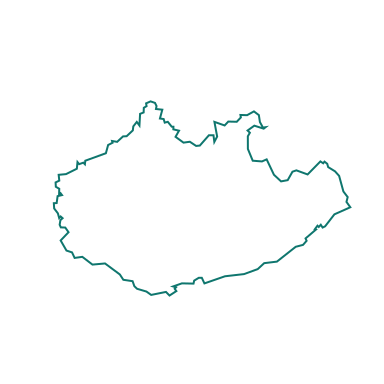 outline of Portlaw-Kilmacthomas Lea-5, Waterford, Ireland, rotated 154°
{"feature_id": "5873133B10835743668931", "entity_name": "Portlaw-Kilmacthomas Lea-5", "entity_type": "district", "adm_level": 2, "iso_a3": "IRL", "parent_name": "Ireland", "parent_adm1": "Waterford", "projection": "orthographic", "projection_center": [-7.459, 52.233], "detail": "medium", "context": "isolated", "style": "outline", "palette": "teal", "viewbox_px": 384, "rotation_deg": 154, "n_neighbors": 0, "source": "geoboundaries", "source_scale": "gbopen_adm2", "svg_char_len": 1910}
<svg xmlns="http://www.w3.org/2000/svg" viewBox="0 0 384 384"><g transform="rotate(154 192 192)"><path d="M257.6,108.8L249.5,109.8L250.0,112.6L248.2,113.3L250.4,115.4L241.1,114.3L230.8,109.0L228.9,111.4L223.5,111.9L220.8,110.6L220.9,104.4L199.3,101.8L181.2,95.4L166.7,93.9L158.3,96.4L146.2,92.2L122.8,97.3L115.4,95.8L110.4,97.9L110.3,100.5L97.1,103.9L97.9,104.7L94.0,106.7L93.4,105.0L90.6,106.1L90.2,102.8L87.4,102.8L73.8,109.5L56.4,108.9L57.5,115.4L54.3,119.2L55.7,126.1L52.7,142.0L54.4,147.9L58.7,154.7L58.1,158.1L59.6,161.2L61.5,160.3L63.2,163.2L80.4,157.1L88.7,165.7L92.8,166.2L100.8,160.7L107.3,162.5L110.8,171.6L110.6,188.6L115.7,188.8L123.7,193.5L122.9,206.2L117.4,217.6L114.0,219.9L115.1,222.9L106.9,224.3L99.8,217.5L97.5,218.0L100.0,218.8L100.3,225.1L98.2,231.8L101.0,237.3L108.8,236.9L114.7,240.0L115.4,237.6L121.0,235.5L128.5,239.4L133.5,237.5L141.1,245.2L145.1,230.8L150.0,227.2L147.8,233.6L151.9,235.6L164.6,230.3L168.1,231.6L171.9,238.1L178.0,240.1L182.6,248.8L176.8,252.8L181.3,256.5L180.1,258.8L181.6,259.6L183.0,265.7L186.1,266.3L185.5,270.0L188.6,272.1L182.6,279.0L188.0,282.4L186.2,284.8L186.2,288.3L189.5,291.6L194.4,291.8L195.2,289.1L198.4,288.8L200.6,284.7L204.4,285.0L210.1,274.8L210.9,279.2L216.0,276.7L218.2,273.3L226.3,270.8L229.6,272.2L237.3,269.9L241.5,272.9L241.8,271.1L246.8,271.0L252.4,264.6L274.2,266.9L276.1,263.9L276.8,266.0L281.2,266.5L281.8,269.1L285.3,263.4L297.4,263.3L304.3,265.9L306.3,260.4L310.4,260.4L312.1,256.4L309.9,253.1L312.3,248.5L310.7,248.7L310.2,246.2L314.6,247.2L318.5,241.4L321.1,242.5L323.1,237.6L321.9,231.6L322.8,226.8L320.8,227.6L319.8,225.2L322.6,224.4L325.3,220.6L325.4,217.7L321.5,215.6L320.6,210.0L331.3,206.0L330.5,194.4L326.3,190.3L326.4,184.2L319.0,181.8L313.3,170.4L301.5,165.9L293.0,149.5L292.2,143.2L284.5,137.9L285.1,132.6L283.8,129.1L276.6,122.5L273.8,117.4L259.2,113.6L257.6,108.8Z" fill="none" stroke="#0f766e" stroke-width="2"/></g></svg>